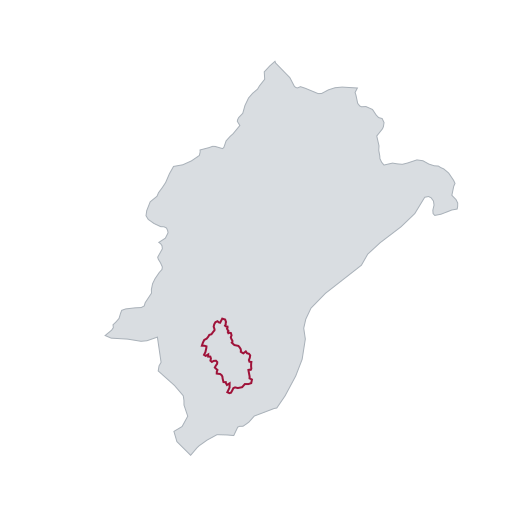 Shumen on a map of Bulgaria (Equal Earth projection), rotated 131°
{"feature_id": "BGR-2258", "entity_name": "Shumen", "entity_type": "Province", "adm_level": 1, "iso_a3": "BGR", "parent_name": "Bulgaria", "parent_adm1": "", "projection": "equal_earth", "projection_center": [26.96, 43.305], "detail": "fine", "context": "in_parent", "style": "outline", "palette": "rose", "viewbox_px": 512, "rotation_deg": 131, "n_neighbors": 0, "source": "natural_earth", "source_scale": "10m", "svg_char_len": 3632}
<svg xmlns="http://www.w3.org/2000/svg" viewBox="0 0 512 512"><g transform="rotate(131 256 256)"><path d="M415.0,317.7L406.6,316.3L403.6,316.7L401.7,318.8L397.8,318.4L393.0,318.4L387.9,320.7L385.1,321.7L381.4,319.6L374.4,313.2L370.2,308.8L367.0,307.6L363.9,309.0L352.6,310.5L349.9,313.0L344.7,315.9L339.4,317.3L331.9,318.2L327.9,318.1L325.7,319.5L323.8,323.6L322.5,327.7L321.4,329.4L312.0,331.4L309.9,333.7L309.3,336.0L309.5,338.3L302.0,336.1L296.2,337.6L294.8,339.3L293.6,341.9L294.3,344.6L296.4,347.2L298.4,354.3L299.1,361.3L297.8,365.4L293.5,368.2L284.5,371.4L275.9,369.9L272.1,371.1L265.7,371.6L259.8,372.4L250.7,375.3L242.5,377.0L235.2,371.1L226.5,367.1L217.3,364.7L214.1,366.4L212.7,367.8L205.1,362.6L201.7,360.7L200.1,358.7L196.9,351.7L195.1,351.5L188.7,354.1L182.6,354.0L179.0,353.5L168.1,353.8L166.6,358.5L165.2,359.3L162.8,359.9L157.0,359.6L149.6,363.1L141.6,365.3L135.4,365.3L129.0,364.3L125.2,365.0L116.9,365.4L111.6,370.6L103.4,370.3L96.6,369.4L97.5,367.8L99.2,347.4L102.8,338.3L102.7,336.4L102.0,335.0L99.0,333.5L97.0,328.6L92.7,315.7L90.3,313.1L83.2,310.4L77.1,306.7L72.0,301.8L62.7,289.7L67.6,288.5L69.1,286.0L74.1,279.4L74.7,276.2L74.2,274.3L71.1,271.1L69.0,264.2L70.8,257.7L71.1,254.3L69.5,251.0L71.3,246.9L74.8,244.7L77.0,244.0L86.2,243.6L92.2,235.4L95.7,232.7L99.4,228.1L101.2,226.4L102.8,222.8L103.4,219.1L96.3,213.9L93.9,210.0L90.8,205.7L86.5,202.7L77.9,197.6L74.6,192.5L73.2,185.8L71.0,180.7L68.5,177.4L68.1,174.7L67.1,171.4L67.0,165.0L69.3,156.4L70.7,153.4L73.7,152.5L81.7,148.0L82.2,142.1L83.7,138.5L86.2,136.4L88.6,135.0L92.8,138.4L103.1,143.8L108.1,147.7L107.8,150.2L105.4,152.6L100.8,155.0L98.1,158.1L97.2,162.0L97.9,164.8L101.0,167.2L119.8,164.0L138.8,165.7L164.3,171.0L181.3,172.9L193.8,170.4L217.0,174.9L238.6,179.1L259.3,180.3L271.0,177.0L279.2,172.6L286.3,164.3L303.7,153.4L320.5,147.3L342.5,142.3L357.1,140.6L359.2,142.3L377.9,152.3L386.2,152.4L393.0,154.1L395.5,156.8L397.2,157.5L406.1,155.0L410.1,160.5L416.4,168.2L426.9,172.1L436.4,174.4L439.4,174.7L449.3,174.6L448.0,193.9L442.2,202.9L433.2,199.9L421.7,202.4L415.7,212.6L412.3,215.6L409.2,219.2L407.2,232.5L406.9,254.4L402.5,257.1L398.5,257.9L381.9,277.2L391.5,282.7L395.8,286.8L402.9,298.3L413.0,311.4L415.0,317.7Z" fill="#d9dde1" stroke="#a8b0b8" stroke-width="1"/><path d="M325.4,240.4L324.2,237.6L325.5,235.3L326.5,234.9L327.4,234.0L328.9,233.7L328.8,232.3L328.0,231.2L328.8,230.4L329.9,230.2L330.4,228.9L330.6,227.7L331.9,227.4L332.4,226.2L331.3,225.6L330.6,224.4L331.9,222.4L333.9,221.7L334.8,220.1L335.5,218.1L336.4,217.4L337.3,217.4L337.4,213.9L335.4,210.3L335.7,208.4L336.3,206.5L337.2,205.4L338.3,204.6L337.8,201.7L334.7,201.1L335.3,198.9L334.4,197.2L334.8,195.2L336.9,193.9L339.2,193.1L340.1,191.6L339.0,190.0L340.6,188.9L342.5,187.3L344.0,185.7L344.7,185.4L345.4,185.3L346.1,186.4L347.0,187.0L351.1,181.8L352.6,180.6L351.9,178.0L355.1,176.2L357.6,177.7L360.0,180.4L364.1,180.4L367.6,183.1L368.9,185.6L370.6,186.4L373.1,185.7L375.6,185.2L377.0,186.1L377.6,188.3L372.7,189.6L369.4,192.4L372.4,193.3L371.7,195.2L371.0,196.1L371.7,196.7L372.5,197.8L370.3,200.9L369.1,202.2L368.5,203.7L368.6,205.7L369.6,207.1L370.5,208.5L369.0,209.7L367.3,210.3L367.3,212.3L367.2,213.9L365.1,214.4L362.9,214.6L361.5,215.6L361.3,217.5L362.9,219.1L364.9,219.8L364.9,221.7L362.9,222.8L361.9,224.5L363.3,226.1L361.6,227.5L364.4,228.4L364.7,230.4L361.8,231.1L358.1,233.1L356.7,234.1L357.6,236.1L359.2,238.0L356.3,239.2L353.3,240.0L350.7,239.0L348.2,239.1L346.2,239.5L344.3,238.3L340.7,238.6L339.5,238.5L338.5,239.2L337.1,241.6L335.0,242.7L332.6,243.2L330.5,242.3L330.5,240.5L329.9,239.3L325.4,240.4Z" fill="none" stroke="#9f1239" stroke-width="2"/></g></svg>